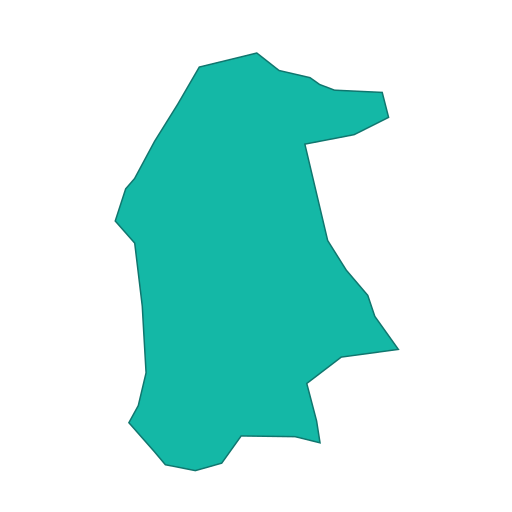 outline of Adaacag, Dundgovi, Mongolia, rotated 349°
{"feature_id": "93677404B36872598386240", "entity_name": "Adaacag", "entity_type": "district", "adm_level": 2, "iso_a3": "MNG", "parent_name": "Mongolia", "parent_adm1": "Dundgovi", "projection": "natural_earth1", "projection_center": [105.738, 46.338], "detail": "fine", "context": "isolated", "style": "filled", "palette": "teal", "viewbox_px": 512, "rotation_deg": 349, "n_neighbors": 0, "source": "geoboundaries", "source_scale": "gbopen_adm2", "svg_char_len": 608}
<svg xmlns="http://www.w3.org/2000/svg" viewBox="0 0 512 512"><g transform="rotate(349 256 256)"><path d="M412.6,145.2L411.1,119.5L364.7,108.2L351.2,99.8L343.1,91.3L314.0,78.3L295.5,56.9L236.4,59.7L208.1,92.1L178.4,124.0L151.6,156.8L140.9,165.2L124.5,194.8L139.4,220.2L134.8,283.5L131.3,309.1L125.8,349.7L111.9,380.4L99.4,395.4L118.7,428.3L127.2,443.6L155.5,455.1L182.8,452.8L207.1,429.8L259.9,440.8L283.2,451.6L284.0,429.5L281.5,390.8L320.4,371.5L377.9,374.8L361.1,337.9L358.2,316.0L341.9,287.1L329.3,254.5L325.3,155.5L375.5,155.6L412.6,145.2Z" fill="#14b8a6" stroke="#0f766e" stroke-width="1.5"/></g></svg>